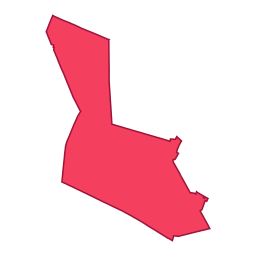 Nezahualcóyotl, México, Mexico (orthographic projection)
{"feature_id": "50627088B38047784170675", "entity_name": "Nezahualcóyotl", "entity_type": "district", "adm_level": 2, "iso_a3": "MEX", "parent_name": "Mexico", "parent_adm1": "México", "projection": "orthographic", "projection_center": [-99.019, 19.432], "detail": "fine", "context": "isolated", "style": "filled", "palette": "rose", "viewbox_px": 256, "rotation_deg": 0, "n_neighbors": 0, "source": "geoboundaries", "source_scale": "gbopen_adm2", "svg_char_len": 4298}
<svg xmlns="http://www.w3.org/2000/svg" viewBox="0 0 256 256"><path d="M73.6,97.9L73.7,98.1L75.4,101.4L76.8,104.1L78.3,107.1L79.2,108.7L79.6,109.9L80.7,111.2L77.9,115.9L77.5,116.7L74.1,124.2L71.2,131.3L70.8,132.3L68.6,137.6L66.7,142.0L65.7,145.6L65.6,145.9L65.1,150.5L64.7,153.5L64.3,158.1L63.4,166.6L62.5,175.9L61.9,182.0L66.0,183.8L67.0,184.3L68.7,185.1L70.3,185.9L74.2,187.7L76.8,189.0L78.5,189.8L80.9,190.9L83.8,192.4L86.1,193.4L88.4,194.6L90.8,195.7L92.8,196.7L96.6,198.6L99.7,200.1L101.5,201.0L105.7,203.0L107.9,204.0L110.3,205.2L114.2,207.1L116.6,208.2L118.6,209.2L122.5,211.0L123.7,211.7L125.7,212.8L127.6,213.8L128.8,214.5L130.9,215.6L132.6,216.6L135.0,218.0L138.8,220.1L140.0,220.8L142.3,222.2L144.7,223.7L148.3,226.1L151.5,228.0L155.0,230.1L158.0,232.0L161.5,234.2L164.3,235.9L168.0,238.3L169.0,238.6L169.8,239.1L171.2,239.9L171.8,240.3L172.4,240.6L173.1,238.1L173.3,237.4L173.5,236.6L173.7,235.8L174.4,235.8L175.5,236.0L176.3,236.1L176.9,236.1L177.6,236.2L178.1,236.4L178.9,236.2L180.2,235.9L180.4,235.8L180.7,235.7L181.2,235.6L181.3,235.6L181.8,235.5L182.1,235.4L182.4,235.3L183.0,235.2L183.6,235.0L183.8,235.0L184.6,234.8L185.4,234.6L186.2,234.4L186.5,234.3L188.1,233.9L188.7,233.8L189.4,233.6L189.7,233.5L190.3,233.4L190.5,233.3L191.1,233.2L191.9,232.9L193.4,232.6L193.6,232.5L193.8,232.5L194.5,232.3L195.2,232.1L195.3,232.1L195.8,232.0L196.1,231.9L196.5,231.8L197.3,231.6L197.7,231.5L198.0,231.4L198.6,231.3L198.9,231.2L199.0,231.2L199.5,231.1L199.9,231.0L200.5,230.8L200.9,230.7L201.0,230.7L201.8,230.5L202.1,230.4L202.6,230.4L202.9,230.3L203.2,230.2L203.4,230.1L204.1,230.0L205.0,229.7L206.1,229.5L206.2,229.4L207.6,229.1L208.0,229.0L208.9,228.8L209.1,228.7L209.4,228.7L209.6,228.7L209.8,228.6L209.4,227.8L209.2,227.5L208.4,225.9L206.8,223.0L206.5,222.4L205.9,221.4L205.0,219.8L204.3,218.4L203.7,217.4L203.3,216.6L200.1,210.8L200.7,210.4L201.2,210.1L201.9,209.7L204.5,202.5L204.4,202.5L204.7,201.7L205.0,201.1L205.2,200.5L206.7,201.3L207.0,200.8L207.0,200.4L208.0,198.5L205.1,196.9L204.4,198.0L203.4,197.7L203.4,197.3L203.8,196.1L202.5,195.4L200.5,194.3L199.2,193.5L198.1,192.9L197.2,192.4L196.5,191.7L195.7,194.1L195.0,193.7L194.3,193.2L193.7,193.1L193.3,193.0L192.9,193.0L191.4,192.8L190.9,192.7L190.3,192.7L190.1,192.6L189.3,191.2L189.2,191.0L188.9,190.5L188.5,189.7L186.7,186.4L184.8,182.9L183.5,180.6L183.4,180.4L182.2,178.2L181.4,176.8L180.2,174.6L179.7,173.5L178.5,171.3L177.7,170.0L177.1,168.9L176.7,168.2L175.9,166.8L175.4,165.9L175.0,165.2L174.9,164.9L174.7,164.5L174.4,164.1L174.2,163.8L173.6,162.7L173.4,162.3L173.2,161.7L173.0,161.1L173.0,160.6L173.1,160.2L173.2,159.6L173.3,159.4L174.4,159.6L174.8,159.5L175.2,159.2L176.3,157.2L176.7,156.5L176.9,156.1L177.4,155.3L177.6,154.9L177.9,154.4L178.1,154.0L178.5,153.3L176.6,152.5L177.0,150.9L177.3,149.5L177.6,148.7L178.0,147.8L178.3,147.1L178.6,146.4L179.3,144.9L179.7,144.1L180.1,143.4L180.9,141.9L181.1,141.7L181.5,140.9L179.7,139.3L177.3,137.1L176.8,136.6L176.6,137.0L176.3,137.5L176.1,137.8L175.7,138.8L175.5,139.3L172.9,139.2L171.2,139.0L170.4,139.0L170.4,139.9L170.1,141.4L169.5,141.4L169.4,141.0L166.2,140.1L163.0,139.1L161.3,138.6L158.1,137.7L154.6,136.7L151.3,135.7L148.2,134.8L146.7,134.4L143.7,133.5L140.7,132.6L137.6,131.7L134.6,130.9L131.6,130.0L130.1,129.5L127.1,128.7L125.5,128.2L122.5,127.3L119.5,126.4L115.0,125.1L111.9,124.2L111.5,118.0L111.1,111.8L110.5,102.5L109.8,91.6L109.1,80.8L109.1,69.8L109.0,59.0L108.8,39.7L109.0,39.5L107.8,39.3L107.1,39.0L106.3,38.6L104.2,37.7L103.3,37.3L100.2,36.0L97.0,34.6L95.9,34.1L94.8,33.7L93.2,33.0L91.7,32.4L90.7,32.0L90.4,31.9L89.7,31.6L89.3,31.4L88.5,31.1L85.9,30.1L84.3,29.4L82.1,28.6L81.3,28.2L80.7,27.9L79.4,27.2L78.5,26.8L77.8,26.5L76.3,25.8L75.1,25.2L73.7,24.6L73.1,24.3L72.4,24.1L71.5,23.7L70.4,23.1L69.3,22.6L67.8,22.2L66.9,21.7L66.4,21.6L65.8,21.3L65.2,21.1L64.1,20.7L62.8,20.1L61.3,19.4L60.5,19.1L58.5,18.2L57.7,17.8L57.4,17.7L56.8,17.5L56.3,17.2L55.8,17.0L55.0,16.7L52.8,15.4L50.8,20.2L49.5,23.3L47.9,27.5L47.1,29.6L46.2,31.8L46.4,32.1L48.2,36.6L49.1,38.8L51.2,44.2L51.4,44.5L51.7,44.6L53.7,45.1L53.2,47.3L54.2,47.6L53.6,49.6L55.0,53.0L56.0,55.5L56.7,57.0L57.6,59.3L58.3,61.1L59.8,64.9L62.3,70.7L63.5,73.3L64.5,75.7L66.5,80.8L68.4,85.3L69.2,87.4L70.9,91.5L72.2,94.7L73.2,97.2L73.5,97.8L73.6,97.9Z" fill="#f43f5e" stroke="#9f1239" stroke-width="1.5"/></svg>